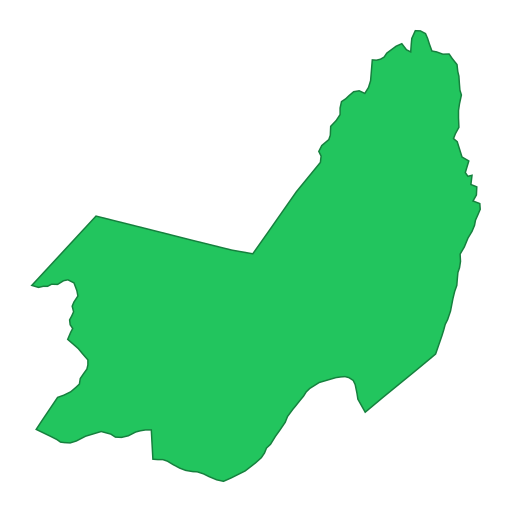 the district of Quixelô, Ceará, Brazil
{"feature_id": "56859067B76728874600060", "entity_name": "Quixelô", "entity_type": "district", "adm_level": 2, "iso_a3": "BRA", "parent_name": "Brazil", "parent_adm1": "Ceará", "projection": "robinson", "projection_center": [-39.118, -6.155], "detail": "fine", "context": "isolated", "style": "filled", "palette": "green", "viewbox_px": 512, "rotation_deg": 0, "n_neighbors": 0, "source": "geoboundaries", "source_scale": "gbopen_adm2", "svg_char_len": 2286}
<svg xmlns="http://www.w3.org/2000/svg" viewBox="0 0 512 512"><path d="M31.8,285.4L38.5,287.4L43.3,286.3L47.6,286.3L51.6,284.2L57.6,284.4L63.6,280.7L67.9,279.8L74.0,282.9L76.9,290.7L77.9,296.0L73.9,302.1L72.2,306.2L73.6,311.8L71.8,315.8L69.6,319.9L70.2,324.8L72.7,328.5L70.7,332.3L67.7,339.4L72.1,343.2L78.3,348.6L82.5,353.7L87.9,359.9L87.9,364.9L86.9,369.1L83.5,373.8L80.3,378.5L79.4,384.1L76.0,387.3L70.7,391.8L63.8,395.2L57.6,397.4L41.3,421.6L36.2,429.4L50.5,436.3L57.0,439.6L60.5,442.1L64.4,442.6L70.2,442.9L76.3,441.0L85.6,436.2L101.2,431.5L110.8,434.1L115.4,437.1L121.5,437.4L128.3,435.8L135.7,432.0L140.2,430.8L145.6,429.9L151.3,429.9L152.9,459.2L158.0,459.6L162.9,459.6L167.5,461.2L173.1,464.6L179.9,468.2L185.7,470.4L192.8,471.6L197.2,471.8L203.6,473.9L209.0,476.6L216.7,479.8L223.5,481.3L231.0,478.0L245.2,470.9L255.5,462.9L261.3,457.7L264.5,453.0L266.5,448.0L270.5,444.3L275.5,436.2L279.4,430.8L285.2,422.3L287.5,416.5L292.9,409.2L296.2,405.2L299.6,400.9L303.5,396.2L306.2,391.9L309.8,388.4L319.2,382.5L335.9,377.6L340.9,376.9L345.1,376.6L348.9,377.6L353.2,380.4L355.2,384.6L357.0,393.4L357.9,399.2L365.2,412.2L383.5,396.9L414.6,371.5L432.2,356.9L435.6,354.0L441.9,335.8L443.7,330.0L445.2,324.4L447.6,319.6L450.5,311.1L452.9,298.7L454.7,291.3L456.8,285.4L457.2,280.2L457.9,272.5L459.5,267.8L460.5,261.4L460.1,254.1L464.3,247.0L468.0,238.0L472.0,231.4L474.5,225.4L475.5,220.1L478.0,214.5L480.2,209.3L479.8,203.6L473.0,201.0L476.4,195.0L476.8,186.9L470.9,184.5L472.0,175.3L467.9,176.3L465.3,172.6L468.8,161.0L462.0,157.0L457.2,141.7L453.5,138.6L455.4,133.7L458.9,127.3L458.5,117.9L458.5,110.5L459.5,103.7L461.4,95.0L459.9,90.1L459.3,82.5L458.9,76.2L457.8,71.7L457.0,64.6L452.1,58.4L449.1,54.0L442.9,54.2L436.6,51.9L431.9,51.0L429.4,44.1L427.6,38.5L425.5,33.6L420.4,30.9L415.3,30.7L411.8,38.4L411.3,43.7L410.7,51.9L406.5,49.8L401.8,43.7L396.1,46.2L386.8,53.1L384.1,57.1L380.5,59.2L376.4,60.2L372.3,59.9L370.6,80.7L368.5,87.5L364.8,93.4L359.2,90.8L353.7,91.7L349.2,95.5L345.7,98.8L341.5,101.6L340.1,108.0L340.1,114.6L336.3,120.4L330.7,126.3L330.3,135.3L328.8,139.6L321.8,145.5L318.8,151.4L321.1,156.1L320.4,162.4L296.4,191.7L268.7,231.3L252.8,253.8L231.8,250.1L191.8,240.2L173.3,235.5L151.9,230.1L96.0,216.1L31.8,285.4Z" fill="#22c55e" stroke="#15803d" stroke-width="1.5"/></svg>